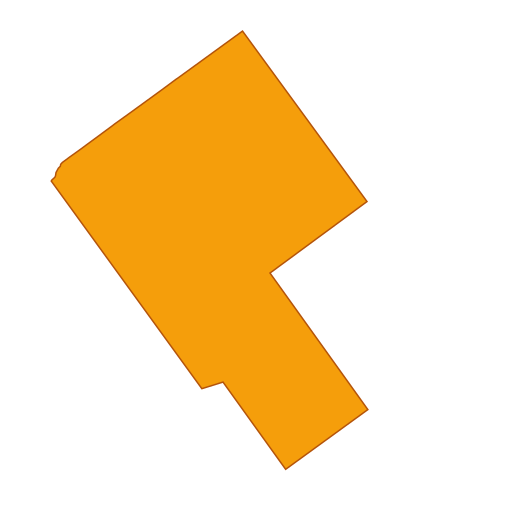 Grant, South Dakota, United States of America, rotated 234°
{"feature_id": "52423323B32271032546928", "entity_name": "Grant", "entity_type": "district", "adm_level": 2, "iso_a3": "USA", "parent_name": "United States of America", "parent_adm1": "South Dakota", "projection": "mercator", "projection_center": [-96.565, 45.152], "detail": "fine", "context": "isolated", "style": "filled", "palette": "amber", "viewbox_px": 512, "rotation_deg": 234, "n_neighbors": 0, "source": "geoboundaries", "source_scale": "gbopen_adm2", "svg_char_len": 541}
<svg xmlns="http://www.w3.org/2000/svg" viewBox="0 0 512 512"><g transform="rotate(234 256 256)"><path d="M445.9,377.3L445.9,332.3L445.9,326.9L445.9,325.9L445.9,296.6L446.0,295.6L445.8,276.5L445.8,275.5L445.8,237.6L445.9,220.5L445.9,219.3L445.8,216.4L445.5,174.7L445.6,163.9L445.5,154.3L445.0,151.9L443.6,150.4L443.2,147.7L441.1,143.3L438.8,141.0L438.1,140.0L437.8,138.6L437.5,135.6L437.0,134.4L180.5,134.2L173.4,155.2L66.0,154.6L66.0,256.2L234.0,257.3L234.8,377.8L445.9,377.3Z" fill="#f59e0b" stroke="#b45309" stroke-width="1.5"/></g></svg>